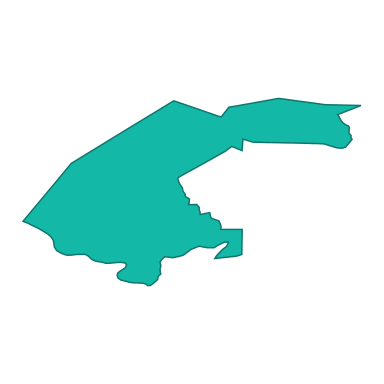 the district of Buriti dos Lopes, Piauí, Brazil, rotated 270°
{"feature_id": "56859067B71763963739929", "entity_name": "Buriti dos Lopes", "entity_type": "district", "adm_level": 2, "iso_a3": "BRA", "parent_name": "Brazil", "parent_adm1": "Piauí", "projection": "equal_earth", "projection_center": [-41.834, -3.271], "detail": "fine", "context": "isolated", "style": "filled", "palette": "teal", "viewbox_px": 384, "rotation_deg": 270, "n_neighbors": 0, "source": "geoboundaries", "source_scale": "gbopen_adm2", "svg_char_len": 2362}
<svg xmlns="http://www.w3.org/2000/svg" viewBox="0 0 384 384"><g transform="rotate(270 192 192)"><path d="M98.5,150.3L100.5,153.2L102.5,155.5L104.4,157.6L107.5,158.1L110.0,160.8L112.8,160.1L115.3,160.1L118.2,160.9L122.0,160.0L125.1,162.4L127.3,164.9L126.3,172.8L127.9,180.2L129.0,183.6L134.5,190.9L135.5,193.2L137.9,199.3L137.1,202.6L136.3,207.3L136.3,214.2L138.8,218.0L141.9,224.6L141.9,228.5L140.1,227.9L137.6,226.5L136.3,224.9L134.7,222.7L133.0,221.0L131.3,219.3L129.4,217.5L127.3,216.0L125.5,214.8L127.8,236.3L129.5,241.8L154.6,242.2L154.6,239.1L154.6,235.9L154.6,220.6L156.4,221.0L158.1,221.0L163.0,219.1L165.4,212.2L166.8,210.6L171.3,209.8L170.5,204.9L169.4,200.2L172.2,200.0L173.9,199.1L176.5,199.3L179.5,196.8L179.4,193.5L179.4,191.0L179.4,188.5L181.2,189.1L185.0,189.5L187.5,185.3L189.5,185.3L192.8,183.0L196.0,182.4L200.9,179.2L205.7,177.6L207.2,179.3L208.3,181.5L209.4,183.2L210.8,185.9L212.1,188.1L213.2,190.3L214.4,192.4L215.7,194.8L217.0,197.2L218.1,199.0L220.1,202.7L222.5,207.0L224.2,210.1L225.2,211.9L227.2,215.4L228.9,218.4L230.3,220.9L231.5,223.1L232.7,225.3L234.5,227.6L236.3,230.0L237.5,231.9L233.4,242.1L244.8,242.9L244.1,245.6L242.6,250.4L241.9,252.9L241.7,256.5L241.7,260.1L241.6,262.8L241.5,266.1L241.5,269.3L241.4,274.2L241.3,279.7L241.2,283.6L241.1,287.0L241.1,290.8L241.0,295.2L240.9,299.2L240.8,302.9L240.7,305.2L240.7,308.2L240.5,312.3L240.5,316.6L240.3,319.9L240.1,324.0L238.9,328.0L237.7,331.8L237.0,334.1L236.2,336.6L236.0,339.0L235.8,342.2L236.9,345.6L242.6,350.4L244.6,352.1L246.4,350.9L248.4,351.1L250.9,348.9L254.2,349.1L256.4,349.4L258.1,348.4L258.9,346.2L260.7,343.5L262.4,341.9L264.6,340.4L267.1,339.2L269.4,337.6L278.5,361.0L279.3,325.2L285.6,278.7L278.5,238.9L277.7,234.3L276.8,228.9L273.1,226.0L267.1,221.2L267.6,219.0L283.2,173.8L255.1,127.6L220.7,71.4L215.6,67.1L201.8,55.7L162.7,23.0L160.9,27.7L158.3,32.7L155.5,38.7L151.6,45.2L149.6,48.3L147.4,50.7L145.9,51.9L144.0,53.2L141.0,53.8L136.9,54.4L133.3,56.8L130.8,61.2L129.4,64.7L128.8,67.3L128.9,71.8L129.5,75.9L129.7,85.1L128.0,88.2L124.6,91.7L122.9,95.6L122.1,99.7L121.7,102.4L120.7,105.8L120.8,109.9L121.8,120.1L121.0,125.2L119.1,126.5L116.3,125.4L112.6,119.7L110.9,117.7L108.8,117.1L105.9,118.1L103.9,121.0L102.6,126.6L101.8,129.1L101.2,133.1L101.0,139.7L100.7,143.2L99.8,146.1L98.4,147.6L98.5,150.3Z" fill="#14b8a6" stroke="#0f766e" stroke-width="1.5"/></g></svg>